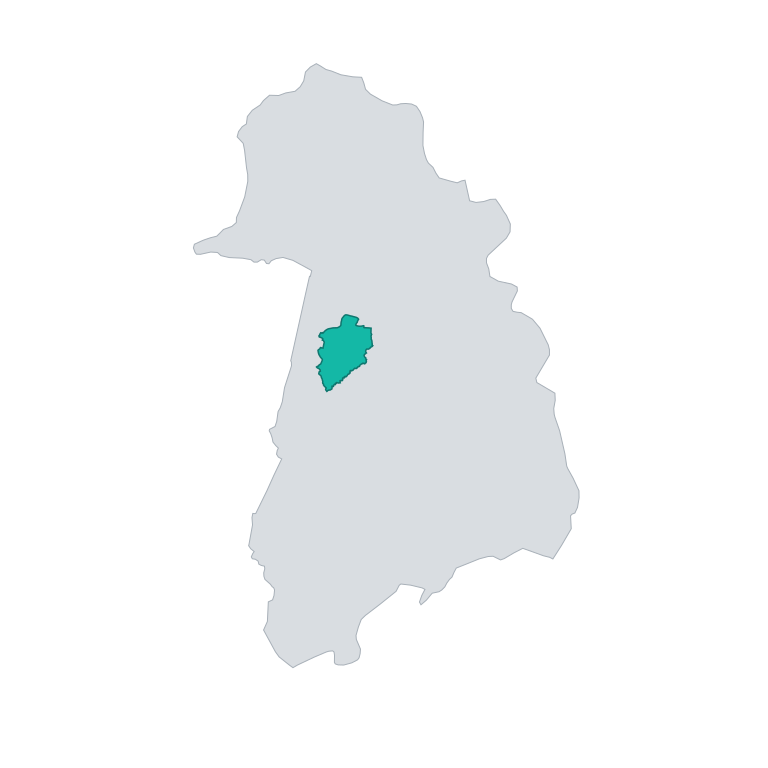 location of Ziro, Ziro, Burkina Faso, rotated 103°
{"feature_id": "67063806B63771125198412", "entity_name": "Ziro", "entity_type": "district", "adm_level": 2, "iso_a3": "BFA", "parent_name": "Burkina Faso", "parent_adm1": "Ziro", "projection": "orthographic", "projection_center": [-1.788, 11.64], "detail": "fine", "context": "in_parent", "style": "filled", "palette": "teal", "viewbox_px": 768, "rotation_deg": 103, "n_neighbors": 0, "source": "geoboundaries", "source_scale": "gbopen_adm2", "svg_char_len": 8659}
<svg xmlns="http://www.w3.org/2000/svg" viewBox="0 0 768 768"><g transform="rotate(103 384 384)"><path d="M570.2,479.5L550.9,480.4L543.8,482.6L539.6,482.7L539.4,480.9L538.9,479.8L514.5,474.1L497.4,470.7L480.0,466.8L479.0,470.5L476.6,472.9L472.8,473.1L470.2,472.5L468.5,475.4L465.6,479.1L461.6,480.9L457.7,483.3L455.5,485.3L453.9,485.3L449.9,480.6L444.6,480.1L434.7,481.0L430.3,479.7L424.2,479.1L409.9,480.1L387.1,478.2L383.4,479.2L382.4,480.1L359.7,480.3L334.8,480.5L314.0,480.7L295.8,480.8L295.8,480.0L289.9,479.9L289.3,481.5L284.0,500.6L283.4,510.9L286.1,517.4L289.2,521.5L292.7,523.2L293.0,525.6L290.2,528.5L290.5,531.6L293.7,534.8L294.5,538.1L292.8,541.6L293.2,550.0L295.6,563.2L295.6,571.8L293.3,575.8L294.4,582.5L298.9,592.0L299.7,596.0L298.0,597.9L294.3,600.3L290.5,600.2L286.1,594.5L284.2,591.9L280.6,586.1L277.6,580.2L273.5,577.6L269.5,575.2L264.7,567.7L259.9,564.2L255.0,565.2L247.7,563.7L233.0,561.8L217.2,562.3L210.6,563.9L204.2,566.6L187.7,572.4L181.2,575.3L176.2,582.7L170.7,582.5L165.1,580.0L161.6,576.6L154.1,577.3L146.9,573.9L140.0,567.4L134.9,565.2L128.4,560.5L126.6,551.5L122.5,545.2L118.8,536.5L113.2,532.5L106.7,530.4L97.7,530.7L91.8,527.1L87.1,522.0L88.4,517.6L90.6,511.4L90.9,505.4L92.4,495.6L91.7,483.4L90.2,474.8L95.2,471.4L101.0,468.3L104.6,462.5L108.5,449.6L110.2,438.3L109.1,434.2L107.2,430.8L105.8,426.0L105.0,420.1L106.1,414.9L110.5,410.2L116.0,406.3L119.8,404.4L130.1,402.5L142.9,399.7L150.3,396.4L155.8,393.1L158.8,390.4L161.9,385.0L166.9,380.8L170.8,376.6L171.4,364.7L171.5,357.9L168.7,354.2L167.2,350.9L186.2,341.8L186.4,335.2L183.8,327.9L180.2,321.9L178.8,316.8L184.1,310.9L188.8,306.4L192.2,302.6L199.7,296.9L207.4,295.4L214.4,297.6L235.0,311.5L238.6,312.4L242.9,311.4L248.3,307.8L255.4,305.0L258.1,295.8L257.9,282.3L259.6,276.1L263.3,275.0L275.2,277.7L278.2,277.8L281.7,277.0L284.2,274.6L284.1,270.3L283.6,266.4L287.5,253.9L294.6,244.5L308.9,232.8L313.4,230.5L318.6,229.3L344.1,237.4L348.2,235.4L354.5,215.4L361.4,213.5L369.7,213.1L375.1,211.4L377.9,210.0L390.0,202.4L411.4,192.0L422.9,187.5L425.1,185.9L433.3,178.5L444.2,170.0L451.1,168.3L460.7,167.7L466.8,169.0L468.4,171.4L470.4,172.6L482.9,169.0L501.0,174.6L516.5,180.1L515.6,183.6L515.5,189.9L514.3,199.8L512.9,211.8L519.3,219.4L527.1,227.6L529.2,230.9L527.3,239.0L528.7,243.8L532.9,251.8L539.9,261.8L547.1,272.2L552.1,273.5L556.8,274.3L559.6,276.2L563.8,278.0L568.0,279.1L571.6,281.3L574.0,283.6L577.0,290.0L585.1,294.1L590.8,298.3L588.5,300.4L581.5,299.6L574.9,297.9L574.1,301.0L574.0,312.8L575.1,322.6L576.7,323.9L583.3,325.6L599.3,338.2L613.7,350.1L618.5,353.2L626.5,354.3L635.3,354.7L639.1,353.5L647.6,347.3L652.2,346.6L656.4,346.7L658.7,347.7L662.9,352.6L666.9,360.0L668.0,365.5L667.7,368.5L666.4,369.7L659.4,371.2L656.4,372.4L655.6,374.0L656.8,377.7L658.2,380.1L666.0,390.8L677.4,405.2L680.9,408.9L679.0,413.3L673.5,424.8L669.3,429.6L650.8,446.0L641.6,444.2L622.3,447.7L619.4,444.0L614.9,443.6L609.3,444.3L607.3,445.7L606.7,447.3L604.7,449.6L601.2,456.0L598.5,457.7L595.1,458.7L590.9,458.6L588.4,459.5L588.4,462.7L587.7,465.4L584.9,466.8L583.7,469.9L583.9,473.0L582.3,474.4L578.6,473.7L576.5,472.8L574.5,476.8L572.0,479.5L570.2,479.5Z" fill="#d9dde1" stroke="#a8b0b8" stroke-width="1"/><path d="M332.5,409.1L332.7,411.0L333.2,413.9L333.3,414.6L333.6,416.0L333.5,416.3L333.3,416.4L332.8,416.5L332.2,416.6L331.9,416.7L331.8,416.8L331.8,417.1L332.4,418.3L332.7,418.9L333.3,421.2L333.4,422.6L333.3,424.1L333.1,424.6L332.9,424.6L332.7,424.8L332.4,424.8L330.6,424.4L330.1,424.0L329.3,424.0L328.8,423.9L328.5,423.9L327.7,423.7L327.4,423.6L327.1,423.4L326.8,423.3L326.5,423.4L326.2,423.8L325.7,424.5L325.3,426.0L325.2,428.6L325.2,429.3L325.1,430.7L325.2,431.7L325.0,434.9L325.1,436.2L325.2,436.6L325.3,437.0L325.6,437.4L325.9,437.7L326.3,438.0L327.1,438.5L328.1,438.9L329.0,439.4L329.7,439.6L330.1,439.7L332.5,439.6L332.9,439.7L334.2,439.6L335.9,439.3L336.8,439.3L337.3,439.6L338.0,440.1L338.2,440.3L339.4,441.7L339.7,442.2L339.9,442.8L340.7,445.9L340.9,446.5L341.9,448.7L342.6,450.3L343.3,451.4L344.4,452.5L344.8,452.9L345.3,453.3L346.5,454.0L348.1,454.9L348.0,455.2L347.8,455.4L347.8,455.7L347.9,455.9L348.1,456.1L348.4,456.1L348.5,456.1L348.5,456.4L348.4,456.6L348.3,457.2L348.5,457.3L348.9,457.3L349.1,457.4L349.4,457.5L349.5,457.6L350.3,457.8L350.9,457.7L351.5,458.2L351.9,458.1L351.8,457.8L352.3,457.3L352.3,457.8L352.7,457.7L352.8,457.3L353.0,455.4L353.1,455.2L353.2,454.8L353.3,454.6L353.3,454.4L353.5,454.1L353.8,453.8L353.9,453.7L354.0,453.7L354.3,453.9L355.1,454.0L355.2,453.0L355.4,452.7L356.1,452.1L356.3,451.8L356.8,451.6L357.1,451.6L357.7,451.6L359.0,451.6L360.0,451.6L362.7,451.5L362.6,452.0L362.9,452.5L362.9,452.8L362.7,453.5L362.7,454.0L362.9,454.2L363.5,454.3L364.0,454.4L364.5,454.7L365.0,455.3L365.5,455.7L366.1,455.9L366.4,455.8L367.5,455.3L368.5,454.9L369.3,454.4L370.1,453.9L371.1,452.9L372.0,452.1L372.9,450.9L373.6,449.9L374.0,449.6L374.4,449.5L374.9,449.5L376.8,449.8L378.7,450.2L379.0,450.3L379.2,450.7L379.5,451.0L379.7,451.3L379.8,451.4L380.3,451.6L380.7,451.6L380.9,451.9L381.2,451.9L381.4,452.2L381.6,452.3L381.6,452.6L382.0,453.1L382.2,453.3L382.6,453.6L383.2,452.8L383.4,452.2L383.7,450.7L384.0,450.3L384.2,450.1L384.3,449.9L384.4,449.6L384.6,449.6L384.8,449.4L385.1,449.2L385.9,448.9L386.4,449.8L386.8,449.9L388.2,449.9L388.5,449.9L388.8,449.8L389.2,449.3L389.5,448.6L390.1,447.4L390.5,447.1L390.8,446.9L391.2,446.7L392.0,446.4L392.5,445.8L393.0,445.4L394.2,444.9L394.7,444.5L395.4,444.2L396.4,444.1L396.8,444.0L397.1,443.8L397.4,443.4L397.6,443.0L397.9,442.8L398.0,442.8L398.3,442.8L398.5,442.8L398.8,442.4L399.4,441.9L399.8,441.1L400.0,440.8L400.4,440.3L400.6,439.7L400.8,439.5L401.1,439.4L401.5,439.5L401.9,439.7L402.2,439.7L402.5,439.6L403.0,439.3L404.1,438.0L403.9,437.8L403.7,437.8L403.2,437.5L402.9,437.2L402.7,436.7L402.1,436.1L402.2,435.8L402.2,435.7L402.1,435.4L402.0,435.1L401.4,434.5L401.1,434.3L400.9,434.1L400.8,433.8L400.6,433.7L400.3,433.7L400.1,433.8L399.8,433.7L399.5,433.8L399.2,433.8L398.7,433.8L398.2,434.1L397.9,434.2L397.7,433.7L397.7,433.1L397.8,432.8L397.7,432.7L397.3,432.7L396.6,432.8L396.2,432.6L395.9,432.3L395.6,432.3L395.5,432.2L395.6,431.8L395.7,431.6L395.5,431.3L395.4,431.3L395.0,431.4L394.5,431.4L394.5,430.9L394.2,430.7L393.9,430.8L393.8,430.7L393.6,430.8L393.3,430.6L393.2,430.5L393.2,429.9L393.4,429.4L393.3,428.9L393.3,428.5L393.2,428.2L392.9,428.0L392.8,427.8L392.9,427.3L392.7,426.9L392.4,427.1L392.2,427.2L392.1,427.3L391.7,427.2L391.2,427.4L391.0,427.5L390.7,427.6L390.5,427.4L390.3,426.5L390.1,426.3L390.3,425.9L390.2,425.6L389.9,425.3L389.7,425.3L389.5,425.2L389.4,425.2L388.7,425.4L388.3,425.4L388.2,425.2L387.8,425.3L387.6,425.6L387.2,425.3L387.1,425.0L387.1,424.8L387.0,424.5L387.0,424.2L386.9,424.2L386.7,424.0L386.2,424.2L385.9,424.3L385.7,424.2L385.6,423.9L385.3,423.5L385.2,423.3L385.3,422.8L385.5,422.7L385.2,422.3L383.9,421.7L382.7,421.4L382.6,421.1L382.4,420.8L382.3,420.6L382.1,420.4L381.8,420.3L381.7,420.1L381.1,420.1L381.0,419.9L381.0,419.6L380.9,419.5L380.7,419.5L380.1,419.8L379.4,420.0L379.1,420.1L378.9,420.0L378.7,419.8L378.6,419.7L378.4,419.7L378.3,419.3L378.5,419.3L378.7,419.0L378.6,418.8L378.5,418.7L378.3,418.5L378.3,418.4L378.0,418.0L377.9,417.7L377.5,417.4L377.4,417.2L376.8,417.1L376.5,416.8L376.2,416.7L375.9,416.5L375.8,416.4L375.6,416.4L375.4,416.3L375.4,416.1L375.2,415.9L375.2,415.7L375.3,415.1L375.1,414.7L374.9,414.5L374.9,414.4L375.0,414.2L374.9,414.1L374.6,414.2L374.4,414.1L374.1,413.7L373.8,413.6L373.7,413.5L373.4,413.5L373.3,413.4L373.0,413.1L373.0,412.9L372.6,412.3L372.5,412.0L372.3,411.8L372.0,412.0L371.8,412.0L371.5,411.9L371.0,411.6L370.2,410.9L369.7,410.6L369.3,410.2L369.2,409.7L368.8,409.6L368.5,409.3L368.5,409.1L368.5,408.9L368.4,408.6L368.7,408.1L368.6,407.9L368.4,407.6L368.7,407.5L368.7,407.3L368.4,407.2L368.2,407.0L367.8,406.9L367.6,406.7L367.4,406.6L367.3,406.3L367.2,406.2L366.5,406.4L366.0,406.2L365.8,406.3L365.4,406.6L365.2,406.7L364.7,406.6L364.1,406.5L363.9,407.2L363.8,407.4L363.7,407.4L362.7,407.6L362.5,407.9L362.4,408.4L361.7,409.2L360.8,409.8L360.6,409.8L360.0,409.8L359.1,409.3L358.5,408.7L358.1,408.6L357.7,408.1L357.4,408.4L357.4,408.6L357.2,408.8L356.0,409.3L354.9,409.2L354.5,409.1L354.1,408.9L353.8,408.6L353.7,408.2L353.7,407.7L353.5,407.2L353.4,406.9L353.4,406.7L353.1,406.5L352.7,406.3L352.4,406.0L352.3,405.7L351.5,405.5L351.3,405.4L350.9,405.0L350.8,404.7L350.1,404.0L349.8,403.8L349.4,403.8L349.2,403.6L348.8,404.4L348.3,404.3L347.6,404.5L345.5,405.3L345.2,405.3L344.8,405.5L343.9,405.9L343.2,406.6L342.9,406.6L342.2,406.8L341.5,406.9L340.1,407.5L339.6,407.3L338.7,407.4L338.3,407.2L338.1,407.5L337.6,407.9L337.2,408.2L333.2,409.0L332.5,409.1Z" fill="#14b8a6" stroke="#0f766e" stroke-width="1.5"/></g></svg>